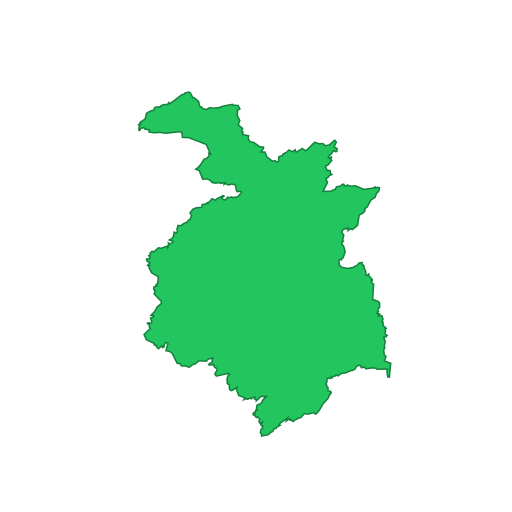 Santa María del Oro, Jalisco, Mexico (Equal Earth projection), rotated 228°
{"feature_id": "50627088B36716860134326", "entity_name": "Santa María del Oro", "entity_type": "district", "adm_level": 2, "iso_a3": "MEX", "parent_name": "Mexico", "parent_adm1": "Jalisco", "projection": "equal_earth", "projection_center": [-102.836, 19.525], "detail": "fine", "context": "isolated", "style": "filled", "palette": "green", "viewbox_px": 512, "rotation_deg": 228, "n_neighbors": 0, "source": "geoboundaries", "source_scale": "gbopen_adm2", "svg_char_len": 6155}
<svg xmlns="http://www.w3.org/2000/svg" viewBox="0 0 512 512"><g transform="rotate(228 256 256)"><path d="M431.0,284.5L433.9,281.0L434.0,279.6L432.8,277.5L434.5,274.2L435.3,270.0L432.0,265.4L432.9,259.4L432.3,258.4L431.6,258.7L432.1,256.5L430.6,256.9L429.7,254.8L427.6,253.1L427.2,253.6L428.0,255.6L426.4,258.6L424.5,258.4L421.1,261.2L419.8,259.5L415.7,262.7L412.6,266.9L407.6,271.1L399.5,282.3L397.6,283.6L393.3,280.7L389.1,285.1L372.2,293.7L362.3,290.4L363.9,289.6L362.2,288.7L361.6,286.5L361.6,284.4L362.7,282.3L361.1,276.7L360.5,272.5L360.8,269.2L357.5,271.0L348.6,267.8L346.3,271.0L343.3,272.5L339.7,272.6L339.1,273.7L337.7,274.0L335.2,277.6L333.5,278.4L331.9,281.4L330.6,280.2L330.8,282.0L328.8,282.1L326.7,283.7L326.0,285.8L323.4,287.9L322.0,287.9L317.3,285.0L316.3,285.1L314.4,287.9L313.1,288.1L312.2,282.4L314.8,277.8L316.1,277.6L317.8,274.5L318.7,274.3L318.1,270.7L320.8,269.1L322.1,269.8L321.9,272.4L322.8,272.1L324.8,264.6L324.4,263.2L328.0,261.8L327.3,255.5L328.2,255.6L328.4,253.1L330.2,250.6L328.6,247.9L331.7,244.1L333.0,240.5L332.3,236.0L329.2,235.2L327.3,231.3L327.8,230.4L327.4,227.0L328.5,224.3L328.8,220.5L330.9,218.5L329.0,215.4L326.4,213.5L326.4,212.3L328.5,211.2L325.7,207.6L325.2,205.0L325.9,202.3L322.5,204.1L321.7,202.9L322.7,200.1L324.4,199.6L322.3,198.1L321.3,195.9L322.8,196.6L325.3,190.5L327.3,189.2L327.5,182.5L329.0,182.0L329.1,179.3L327.5,178.1L328.0,176.5L325.9,176.4L325.4,174.5L327.0,172.8L325.6,171.6L321.8,172.3L321.6,169.2L319.9,170.4L319.8,169.3L318.4,168.5L313.4,167.2L305.8,169.5L301.7,164.9L301.3,162.2L300.0,162.5L301.3,159.5L299.9,157.8L297.4,157.6L296.0,154.9L285.5,155.3L284.0,153.5L284.3,148.4L282.6,143.9L282.2,138.3L280.2,140.0L279.5,139.1L280.4,136.0L276.4,134.4L276.5,133.1L278.8,130.6L278.1,130.0L276.6,131.0L274.8,129.3L272.9,129.1L272.6,120.3L267.1,118.5L259.4,121.7L257.9,120.9L256.1,122.3L255.2,121.3L252.4,121.4L252.2,126.0L250.3,125.4L250.0,126.7L251.4,128.4L252.0,131.3L250.1,132.2L245.9,125.7L243.4,127.7L240.2,128.7L229.0,125.6L226.9,127.5L224.0,127.1L221.5,130.0L218.0,131.9L217.6,136.4L216.5,138.8L216.3,143.4L211.0,148.8L211.3,151.5L209.1,155.6L208.3,153.9L206.5,152.7L207.2,148.4L206.3,148.2L203.4,152.1L202.8,151.2L200.4,150.8L198.9,151.6L197.5,151.1L195.9,146.5L193.3,146.2L187.2,157.0L185.6,157.1L186.0,155.7L185.0,153.6L183.3,151.4L181.7,150.9L181.2,149.6L179.8,149.3L178.5,150.3L175.0,147.2L172.7,147.3L172.0,148.4L171.2,153.9L170.0,152.2L163.9,149.8L158.3,152.9L157.4,150.9L157.1,152.6L155.2,153.8L154.4,156.3L152.8,157.3L153.3,158.3L151.8,160.7L150.9,159.2L148.8,160.2L148.2,159.4L148.1,163.1L148.7,163.7L147.7,166.9L145.6,167.7L145.9,168.9L144.5,169.9L144.5,165.0L143.0,161.2L144.5,157.0L142.4,154.3L140.5,153.7L141.6,152.8L140.5,151.2L141.1,149.9L140.6,147.9L139.3,147.9L139.3,149.2L137.1,148.1L135.6,148.3L135.4,149.4L132.3,149.8L131.2,147.5L128.9,147.0L128.3,149.6L127.5,147.9L128.0,147.0L126.0,146.5L125.3,147.3L123.8,145.9L123.7,143.7L122.0,141.1L119.4,140.8L118.5,139.7L115.0,145.5L115.1,148.3L114.4,151.2L115.4,153.0L115.2,154.7L114.4,155.5L114.9,156.8L114.0,160.8L115.2,160.5L115.6,161.7L114.6,171.1L113.1,168.1L112.7,172.0L111.5,171.4L110.8,171.7L110.9,172.6L108.2,172.7L108.0,175.8L107.1,177.8L107.5,178.8L105.9,180.9L106.5,186.5L103.7,188.8L101.0,194.1L98.9,194.2L98.4,195.5L99.0,200.0L101.2,206.6L102.1,214.9L103.1,216.3L104.0,220.4L105.2,220.9L107.8,219.5L110.2,221.5L111.4,221.1L112.7,222.2L114.6,222.3L114.6,224.0L117.1,226.6L117.2,228.0L115.6,228.7L115.0,230.5L115.7,231.0L114.6,231.2L114.8,233.1L113.8,234.6L114.1,236.2L112.1,236.6L111.5,241.1L109.0,244.7L107.6,249.3L106.3,251.3L105.7,253.9L106.8,256.9L105.9,259.4L105.3,260.1L102.3,259.6L101.2,262.2L98.7,262.1L95.0,267.6L92.3,270.1L91.0,270.1L83.9,278.1L82.6,276.1L78.9,273.5L77.9,273.1L76.7,274.0L86.2,284.4L92.1,281.2L94.2,285.3L96.9,285.3L100.8,288.1L101.6,290.3L103.5,291.4L106.1,295.0L110.2,296.4L108.9,298.4L109.2,300.4L111.0,299.6L112.3,300.3L113.8,302.3L115.3,302.7L115.1,304.4L119.8,303.9L120.6,305.5L121.9,306.0L122.8,305.3L123.8,307.9L126.9,309.5L127.9,309.3L129.4,306.9L130.1,309.1L132.3,307.4L132.7,309.7L133.4,309.3L135.0,311.8L135.2,313.6L138.4,316.4L140.6,316.4L145.6,313.6L156.4,324.6L158.5,323.9L160.4,325.3L159.8,325.5L160.6,326.6L165.8,326.7L167.1,327.8L167.6,325.0L168.4,324.6L170.8,327.1L176.0,328.8L176.3,329.7L179.1,329.2L180.1,330.6L181.9,327.6L181.4,325.3L182.7,320.1L185.7,315.5L190.2,312.2L191.8,311.9L193.5,311.9L197.4,314.7L197.5,315.5L195.9,317.1L196.8,317.9L196.4,319.7L199.6,325.3L204.7,327.7L207.7,327.8L208.4,328.4L208.6,330.9L209.7,330.8L212.7,335.2L216.1,335.6L217.3,338.0L217.2,340.2L215.8,340.9L215.4,343.3L213.2,341.4L213.0,344.4L211.1,345.4L210.8,351.9L217.4,360.1L216.3,364.1L216.7,367.3L218.4,368.7L218.0,371.4L220.7,378.9L219.9,383.6L222.0,387.7L221.9,390.3L224.1,393.5L226.0,391.9L226.5,390.2L227.5,390.8L228.5,387.8L233.5,380.6L241.6,376.9L244.6,373.1L247.7,371.3L247.6,370.2L249.2,368.5L250.3,369.3L251.4,368.5L251.6,365.1L253.6,362.1L252.5,359.6L253.7,357.0L253.5,355.6L259.2,349.0L262.7,358.3L266.6,359.6L266.2,362.5L266.7,364.2L265.8,366.9L267.5,366.7L270.0,368.3L271.9,366.1L276.3,367.7L275.5,370.2L276.3,376.3L278.3,376.1L278.6,378.1L279.3,378.3L279.6,376.0L280.8,375.4L281.7,377.5L281.5,380.8L282.6,384.0L280.0,385.1L279.8,386.4L281.5,388.1L284.8,387.0L286.9,391.9L289.4,392.0L289.5,384.8L291.6,381.3L294.9,380.9L297.0,378.1L301.3,375.7L300.8,363.4L304.9,362.3L306.1,355.7L306.9,355.2L308.7,356.2L309.2,352.7L312.7,351.5L312.7,347.8L313.7,344.3L312.8,342.3L314.1,340.8L314.3,339.0L311.4,336.3L311.4,334.7L314.1,333.8L315.5,331.7L322.2,330.4L327.4,332.2L329.9,329.2L330.9,333.5L331.9,334.5L334.8,331.8L341.7,330.4L344.8,328.1L348.3,328.6L350.3,331.0L355.1,327.3L356.5,328.3L356.6,329.3L358.2,328.6L359.7,331.4L365.4,330.6L367.5,334.6L372.7,336.0L376.6,339.6L376.1,342.5L379.9,343.4L383.5,339.8L384.3,340.1L388.9,332.8L391.0,327.9L394.6,322.9L397.0,321.2L398.1,317.1L401.4,314.8L403.1,315.4L404.0,314.4L405.8,314.8L409.2,316.8L415.1,315.9L415.9,315.0L421.3,316.4L422.8,315.7L424.6,312.6L424.2,311.1L425.5,308.9L426.6,295.0L427.2,293.5L428.3,294.0L427.9,291.6L430.4,288.4L431.3,286.1L431.0,284.5Z" fill="#22c55e" stroke="#15803d" stroke-width="1.5"/></g></svg>